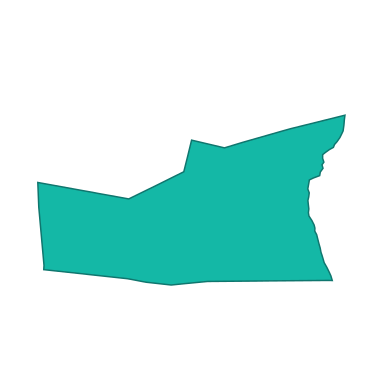 Flexeiras, Alagoas, Brazil, rotated 100°
{"feature_id": "56859067B97278052476621", "entity_name": "Flexeiras", "entity_type": "district", "adm_level": 2, "iso_a3": "BRA", "parent_name": "Brazil", "parent_adm1": "Alagoas", "projection": "robinson", "projection_center": [-35.785, -9.256], "detail": "fine", "context": "isolated", "style": "filled", "palette": "teal", "viewbox_px": 384, "rotation_deg": 100, "n_neighbors": 0, "source": "geoboundaries", "source_scale": "gbopen_adm2", "svg_char_len": 998}
<svg xmlns="http://www.w3.org/2000/svg" viewBox="0 0 384 384"><g transform="rotate(100 192 192)"><path d="M294.2,324.5L288.6,240.7L288.6,236.7L288.8,225.0L288.8,221.2L287.2,196.3L283.8,184.3L277.4,161.2L267.8,109.4L266.8,104.2L255.5,42.9L254.8,38.5L250.4,40.7L246.5,43.4L242.7,46.2L238.6,49.6L235.3,51.2L231.9,52.9L229.0,54.5L225.0,56.0L220.9,58.0L216.9,59.8L212.4,61.8L209.2,64.3L206.2,64.7L203.3,66.0L199.4,68.9L195.3,72.7L192.1,73.8L188.4,74.0L183.7,75.4L180.2,76.4L176.6,76.2L172.5,76.4L168.9,78.5L164.3,78.5L159.7,78.5L157.0,74.7L153.7,69.1L150.1,69.1L145.9,67.1L142.6,68.7L139.7,67.3L136.2,69.2L132.5,69.8L130.0,67.6L126.4,64.1L123.5,60.5L120.5,59.9L117.4,58.0L112.7,55.8L108.6,54.6L105.6,53.8L99.7,54.0L94.3,54.5L89.8,54.7L112.5,105.8L116.0,113.1L134.3,150.7L142.9,167.7L141.0,201.4L158.0,202.5L173.5,203.6L182.2,215.4L189.9,225.8L209.8,253.1L209.7,284.8L209.6,289.7L209.6,300.8L209.4,345.5L233.4,340.3L290.0,325.0L294.2,324.5Z" fill="#14b8a6" stroke="#0f766e" stroke-width="1.5"/></g></svg>